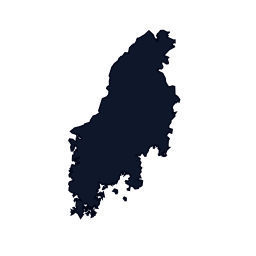 outline of Kurigram, Rangpur, Bangladesh, rotated 212°
{"feature_id": "16705992B97164497642406", "entity_name": "Kurigram", "entity_type": "district", "adm_level": 2, "iso_a3": "BGD", "parent_name": "Bangladesh", "parent_adm1": "Rangpur", "projection": "mercator", "projection_center": [89.627, 25.805], "detail": "fine", "context": "isolated", "style": "filled", "palette": "ink", "viewbox_px": 256, "rotation_deg": 212, "n_neighbors": 0, "source": "geoboundaries", "source_scale": "gbopen_adm2", "svg_char_len": 5750}
<svg xmlns="http://www.w3.org/2000/svg" viewBox="0 0 256 256"><g transform="rotate(212 128 128)"><path d="M143.5,231.5L145.1,230.0L149.8,229.4L151.9,227.9L152.7,221.9L152.1,220.9L152.4,222.0L151.5,221.1L150.0,221.4L150.7,219.4L150.4,218.7L149.2,218.4L149.0,217.2L153.3,218.2L156.0,220.3L161.7,221.4L163.2,215.7L166.3,209.9L167.4,209.2L167.4,207.7L166.8,207.4L166.7,202.9L168.0,201.8L167.7,200.2L168.4,200.1L169.1,196.9L167.2,191.9L170.4,190.1L170.6,186.3L171.9,184.5L172.4,181.8L171.9,180.2L173.5,175.4L173.8,171.1L171.5,162.3L169.8,161.5L168.7,158.2L166.2,154.4L167.3,151.8L167.0,150.3L163.7,149.6L162.0,146.2L162.4,143.2L165.1,139.3L161.9,127.1L159.8,126.1L162.0,121.6L163.7,119.7L163.8,115.0L163.2,112.6L166.7,108.5L166.5,107.5L169.2,103.8L173.1,99.8L174.9,94.7L172.7,94.3L165.4,96.0L164.6,95.7L165.3,95.0L161.6,94.7L161.7,93.2L162.8,92.4L166.8,93.8L165.7,92.4L166.3,92.0L165.4,90.3L164.4,89.3L166.0,88.5L168.7,89.0L171.6,87.8L171.4,86.1L170.6,86.6L170.6,85.8L167.0,84.0L166.4,81.4L163.9,78.6L162.8,79.3L162.8,81.2L163.9,85.8L160.5,84.6L159.4,82.1L160.2,82.6L160.6,82.1L160.3,80.6L160.9,79.2L159.5,76.8L160.3,75.4L158.0,71.2L157.4,71.0L156.6,74.0L154.1,77.3L153.5,76.5L154.8,76.2L154.8,74.9L156.5,72.0L154.8,71.5L154.1,73.4L153.5,73.0L153.6,72.0L151.8,71.9L151.1,73.2L150.5,72.6L151.7,71.0L153.5,70.2L152.9,69.3L153.0,68.0L155.9,67.3L155.8,66.0L155.2,66.1L155.7,65.9L155.1,64.1L155.4,63.3L154.1,63.5L155.1,60.7L154.1,60.2L152.9,61.6L152.1,61.6L153.1,58.5L152.2,58.1L153.1,57.3L152.5,56.2L151.5,55.7L149.7,56.6L148.6,55.4L146.8,55.5L146.6,54.4L148.7,51.6L148.9,50.3L148.2,48.8L146.3,48.0L146.2,46.4L144.9,43.9L142.7,43.5L139.0,44.1L138.8,41.7L138.3,42.0L137.8,41.2L136.8,44.2L134.9,45.2L134.0,43.6L129.1,41.6L134.2,40.9L135.1,39.9L132.9,39.0L130.6,34.2L129.9,34.2L128.9,32.3L130.0,31.2L131.5,32.0L132.8,30.9L131.4,31.6L130.3,30.3L130.1,27.9L131.2,28.8L132.3,28.6L131.1,28.0L131.9,27.3L131.7,26.6L130.7,27.0L130.0,24.5L128.7,26.7L128.6,28.9L125.1,29.1L120.4,26.4L120.2,28.7L120.8,29.1L120.0,30.8L121.4,31.0L121.6,33.7L123.9,36.0L122.9,36.4L123.3,37.2L122.2,37.2L120.7,36.0L120.5,34.7L119.6,34.7L119.2,35.6L120.2,36.0L119.0,36.2L119.1,37.5L121.5,38.8L121.8,37.9L123.8,38.5L125.0,38.1L125.7,39.3L125.0,40.8L123.9,40.9L123.7,42.2L121.4,41.6L121.2,40.3L120.0,40.4L121.1,39.4L120.1,38.3L118.6,39.4L118.3,40.6L117.8,40.0L118.2,38.7L116.0,39.3L115.0,38.3L114.9,39.3L116.4,39.4L116.4,40.1L115.5,39.8L115.5,41.2L117.3,41.3L115.3,42.8L114.9,43.5L115.5,43.8L115.3,44.7L114.6,44.6L114.8,43.7L113.9,44.1L113.1,43.0L111.2,43.9L112.6,44.7L112.1,48.1L113.6,51.2L114.0,50.8L114.6,51.5L114.6,52.0L113.4,52.0L114.0,53.4L114.8,53.2L115.8,51.0L117.5,52.9L118.8,50.8L119.6,53.2L116.1,56.0L114.2,56.1L113.8,54.9L112.6,54.5L113.3,55.5L112.1,55.8L113.3,55.8L113.1,56.8L111.8,57.1L114.9,60.4L115.1,58.8L116.8,58.9L116.1,56.8L117.7,57.6L118.3,55.7L119.6,56.0L120.9,57.8L120.0,58.3L120.3,59.1L121.6,59.8L120.4,62.4L123.9,66.2L123.7,66.9L119.9,66.5L117.3,68.8L116.6,68.0L116.9,67.2L115.3,67.2L114.8,66.1L114.2,66.5L115.9,68.8L112.7,71.0L111.4,70.9L112.6,72.5L112.0,73.2L110.3,72.4L109.5,74.4L109.9,75.3L109.6,75.8L108.5,75.3L109.1,78.9L108.5,80.0L110.1,83.0L109.5,84.0L110.2,85.9L109.9,87.4L109.5,86.7L108.1,86.8L108.0,85.9L107.4,86.7L108.1,86.9L108.3,89.0L106.4,89.3L105.9,86.3L105.1,88.5L104.0,88.8L104.0,89.9L100.4,88.9L99.8,87.5L100.5,85.6L99.1,84.3L99.7,83.0L101.9,82.1L101.9,81.5L101.3,81.5L100.4,80.2L98.8,80.3L100.0,80.3L99.6,81.1L98.0,80.2L96.3,80.4L95.7,79.5L93.5,81.1L89.7,80.2L87.3,82.3L87.7,83.9L86.5,84.9L85.8,86.7L87.7,90.8L89.5,90.6L91.8,88.8L92.1,89.4L91.3,89.7L92.3,90.2L92.4,91.5L90.8,92.6L94.1,95.0L93.7,97.6L95.4,99.3L95.3,101.4L97.9,101.9L98.8,105.5L101.1,106.4L101.5,108.3L106.8,109.1L106.8,109.8L103.3,111.0L103.3,114.2L102.8,114.8L98.6,113.1L98.0,113.8L98.8,115.4L98.8,119.7L99.5,120.2L99.3,123.8L97.9,126.1L96.4,126.1L95.9,124.6L95.2,124.6L95.1,125.7L96.1,126.0L95.7,128.2L93.5,127.5L92.9,128.3L90.9,127.0L89.9,127.3L90.9,126.4L89.1,126.3L89.4,125.5L87.8,122.5L88.2,121.9L87.2,121.2L85.2,123.5L84.3,122.5L82.6,122.9L81.3,124.1L81.1,125.3L82.1,125.6L82.1,124.7L83.5,124.0L84.3,125.3L85.2,125.0L84.8,126.0L85.4,126.7L84.4,126.0L84.5,126.7L84.0,126.1L82.8,126.8L83.4,129.9L82.5,133.4L83.6,132.8L85.0,134.4L87.2,138.5L87.4,140.7L88.7,140.4L88.8,141.2L90.2,141.1L91.7,142.4L91.2,146.2L88.3,146.8L89.8,150.2L93.3,149.3L94.9,151.7L94.7,155.5L95.8,157.2L94.6,163.0L95.7,163.3L95.6,166.7L97.2,165.1L98.2,165.6L98.2,164.2L99.4,165.8L99.2,167.1L100.9,167.9L102.0,170.3L101.4,174.2L101.9,175.3L100.6,175.1L100.0,177.0L98.6,177.1L99.3,179.5L102.7,180.9L105.9,181.0L110.4,187.7L112.4,187.3L114.3,184.9L116.5,184.6L120.5,186.9L123.0,189.9L127.6,192.6L132.8,192.1L134.1,193.1L134.2,193.7L133.2,193.9L133.0,195.2L131.1,195.8L130.6,197.2L131.0,198.4L133.8,200.3L134.3,202.1L133.3,203.0L129.5,202.8L128.2,203.8L128.4,204.7L131.4,207.2L131.1,209.3L133.7,208.9L133.9,208.3L136.1,209.0L134.7,216.1L131.7,221.5L132.6,222.0L134.5,220.7L134.9,224.5L133.4,225.2L134.8,227.4L135.9,226.6L143.2,225.6L143.0,227.6L144.9,228.0L143.5,231.5ZM113.9,35.5L111.0,36.2L110.5,37.9L111.5,37.7L110.3,39.1L113.5,39.5L113.7,40.1L113.9,39.4L114.7,39.5L113.0,38.4L114.4,37.4L113.9,35.5ZM105.5,67.1L103.5,65.9L102.7,66.5L102.8,67.8L104.1,69.6L107.0,69.1L107.3,66.5L105.5,67.1ZM92.0,64.9L91.2,65.5L92.4,67.5L94.5,67.4L94.6,65.9L92.0,64.9ZM95.3,75.3L93.8,75.9L94.8,77.9L94.6,79.0L96.3,75.8L95.3,75.3ZM117.5,65.3L117.0,62.5L116.8,62.5L115.6,64.3L116.1,65.5L117.5,65.3ZM117.8,33.6L116.1,34.4L116.5,36.2L115.1,35.8L117.1,37.0L117.0,35.1L117.8,33.6ZM112.7,35.3L111.8,33.0L110.8,34.4L112.7,35.3ZM135.2,39.2L135.2,38.0L134.5,37.6L134.3,38.5L135.2,39.2ZM116.7,32.6L115.1,32.8L116.8,33.1L116.7,32.6ZM109.5,37.4L110.4,36.8L110.3,36.2L109.5,37.4Z" fill="#0f172a" stroke="#020617" stroke-width="1.5"/></g></svg>